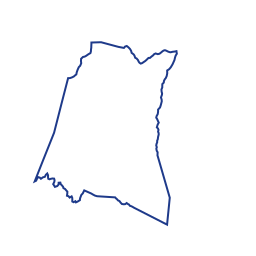 Lagoa Real, Bahia, Brazil (Equal Earth projection), rotated 24°
{"feature_id": "56859067B61911613465108", "entity_name": "Lagoa Real", "entity_type": "district", "adm_level": 2, "iso_a3": "BRA", "parent_name": "Brazil", "parent_adm1": "Bahia", "projection": "equal_earth", "projection_center": [-42.217, -14.03], "detail": "fine", "context": "isolated", "style": "outline", "palette": "blue", "viewbox_px": 256, "rotation_deg": 24, "n_neighbors": 0, "source": "geoboundaries", "source_scale": "gbopen_adm2", "svg_char_len": 2442}
<svg xmlns="http://www.w3.org/2000/svg" viewBox="0 0 256 256"><g transform="rotate(24 128 128)"><path d="M167.0,142.1L166.1,141.1L165.5,139.6L164.9,138.1L163.5,137.1L162.3,135.4L162.1,133.8L160.9,132.5L160.5,130.8L160.5,129.3L159.8,127.7L159.8,126.2L159.1,123.9L158.7,121.5L158.0,120.1L157.0,119.2L156.6,117.3L155.5,116.2L154.1,115.7L153.7,112.8L153.9,110.6L152.6,109.5L150.9,107.9L149.6,107.1L149.3,105.5L149.5,103.2L148.9,101.0L148.0,98.9L148.9,96.2L148.7,94.1L148.4,92.2L148.0,89.9L147.2,88.4L145.7,86.7L145.5,83.8L145.0,82.4L144.1,81.4L142.9,79.3L142.8,77.0L142.1,75.4L141.5,73.9L142.2,72.0L141.7,70.3L141.8,68.5L142.2,67.1L142.2,64.8L141.6,62.1L140.4,59.5L141.7,57.5L142.4,55.1L142.6,53.3L142.8,51.7L142.8,49.0L142.8,47.0L142.3,44.5L142.1,42.4L142.4,40.3L141.0,38.1L139.5,39.2L137.8,40.2L136.1,41.5L135.0,41.8L133.4,41.9L131.6,41.8L130.1,41.9L129.0,42.8L128.2,44.1L127.5,45.6L126.6,47.3L125.2,48.4L122.9,48.7L121.8,50.0L121.4,51.4L120.4,53.2L119.5,55.1L118.2,55.7L117.3,58.0L116.5,59.8L115.6,61.2L114.5,63.0L113.4,64.0L111.9,63.7L110.7,63.0L109.5,61.9L107.6,61.0L106.0,60.9L104.4,59.2L103.3,58.5L102.2,58.2L100.8,57.9L99.4,56.2L97.7,55.0L95.5,54.1L93.5,53.6L92.2,54.8L91.7,56.5L86.2,57.8L68.5,60.6L59.8,64.8L60.5,66.4L61.2,68.2L61.8,69.6L62.2,71.1L63.0,73.3L63.2,74.9L61.9,76.6L60.4,79.1L59.4,80.4L58.0,81.4L57.0,83.8L57.8,86.0L58.9,87.8L59.0,90.6L58.3,92.4L58.3,95.3L58.5,97.9L59.0,100.1L58.3,101.3L57.6,102.9L56.2,104.6L54.7,106.0L53.0,106.8L57.2,131.9L62.4,162.4L63.6,193.5L64.5,214.7L65.5,213.5L65.5,211.3L65.9,209.4L67.6,209.2L69.1,209.8L70.3,207.7L71.9,206.4L72.0,204.2L72.7,202.4L74.2,203.7L74.8,205.2L75.8,206.8L77.1,206.8L78.2,205.8L79.6,204.8L81.1,204.3L82.1,205.5L82.6,207.2L82.5,209.7L83.6,210.4L85.2,211.5L87.0,209.8L87.6,207.8L86.9,206.2L88.4,205.4L89.4,206.7L90.8,207.2L92.6,208.1L93.5,209.2L95.3,209.3L96.9,210.1L98.5,210.8L99.2,212.6L99.8,214.7L101.4,214.5L103.0,215.3L104.3,213.4L105.4,214.4L106.1,215.7L107.0,217.8L108.5,217.9L109.7,216.3L110.7,217.1L111.9,215.7L113.4,213.5L112.8,211.7L112.7,209.9L112.6,208.1L113.3,206.1L113.4,202.8L115.0,202.8L116.9,202.8L119.5,202.8L121.2,202.8L122.6,203.0L123.9,203.1L125.3,203.2L127.5,202.9L144.5,196.6L145.7,197.2L146.9,197.5L148.3,198.2L149.9,198.2L151.4,199.1L153.3,199.9L155.2,199.4L156.5,198.6L157.3,197.1L158.8,197.5L160.0,197.5L161.4,198.3L162.9,198.1L164.4,198.2L166.0,198.4L203.0,200.4L194.5,174.7L167.0,142.1Z" fill="none" stroke="#1e3a8a" stroke-width="2"/></g></svg>